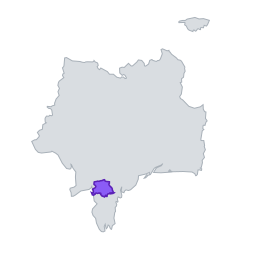 Ille-et-Vilaine highlighted on a map of France, rotated 261°
{"feature_id": "FRA-5308", "entity_name": "Ille-et-Vilaine", "entity_type": "Metropolitan department", "adm_level": 1, "iso_a3": "FRA", "parent_name": "France", "parent_adm1": "", "projection": "mercator", "projection_center": [-1.688, 48.172], "detail": "fine", "context": "in_parent", "style": "filled", "palette": "violet", "viewbox_px": 256, "rotation_deg": 261, "n_neighbors": 0, "source": "natural_earth", "source_scale": "10m", "svg_char_len": 5774}
<svg xmlns="http://www.w3.org/2000/svg" viewBox="0 0 256 256"><g transform="rotate(261 128 128)"><path d="M200.0,105.0L198.3,106.0L197.3,107.8L196.2,108.3L194.3,108.3L193.4,107.1L191.1,107.9L190.1,109.1L191.5,110.5L186.9,116.5L184.0,118.1L183.4,122.0L179.9,124.9L178.6,128.0L178.5,128.6L179.4,129.6L179.0,131.5L177.3,132.8L177.3,134.1L177.8,134.3L180.5,133.3L181.5,132.1L180.9,130.5L183.6,128.5L188.4,129.0L189.0,131.6L188.4,133.8L191.8,138.6L188.8,140.8L188.6,142.2L191.7,147.0L193.6,148.9L192.6,152.1L189.3,154.1L187.3,154.0L186.4,154.5L186.5,155.4L187.9,158.3L191.4,160.1L191.9,162.3L190.9,163.1L189.3,166.3L190.0,167.9L189.8,168.6L190.1,169.7L191.0,170.7L195.9,173.5L200.3,172.9L200.8,174.5L198.1,178.7L198.3,180.6L196.9,180.6L196.7,181.2L194.0,182.6L189.6,186.8L187.6,188.0L186.8,190.2L185.6,191.3L179.3,193.7L178.1,193.2L175.1,193.3L173.2,191.8L169.5,190.8L168.3,188.6L164.9,188.2L164.7,186.7L160.0,188.1L153.2,186.0L150.9,183.9L148.9,184.4L147.2,186.4L139.9,191.5L137.1,196.7L137.6,202.8L139.3,205.8L134.9,205.3L132.2,206.2L131.6,207.5L125.3,206.0L123.0,207.2L122.4,207.1L121.6,205.9L118.5,204.4L119.0,203.4L118.6,202.5L115.7,201.8L114.7,202.7L113.6,200.9L105.5,198.2L104.2,198.2L103.7,200.9L98.5,200.9L97.8,200.4L94.4,201.0L90.9,198.4L86.9,198.9L84.5,196.2L82.1,196.1L78.8,194.7L77.3,194.0L77.1,193.2L76.1,194.4L74.9,194.1L74.6,193.8L75.4,192.3L75.6,190.6L71.4,189.3L70.3,188.1L70.3,187.4L72.5,186.8L74.5,184.4L76.4,175.7L77.8,165.3L78.9,163.3L80.2,162.8L79.1,161.4L77.8,163.3L78.6,153.6L80.1,146.3L83.6,149.3L84.4,150.6L85.5,155.0L87.4,156.8L86.2,155.0L84.9,149.3L84.1,147.6L78.5,142.8L78.3,141.6L80.8,142.2L79.8,138.6L79.2,130.9L75.8,130.1L70.4,126.8L66.6,120.9L66.2,118.7L67.2,116.3L66.3,114.8L64.7,113.8L65.9,111.8L67.0,111.5L71.0,112.7L67.8,110.8L62.6,111.4L60.5,110.8L60.1,109.3L61.5,107.5L59.8,106.4L56.8,106.6L56.4,106.2L57.3,104.8L56.6,104.4L54.1,104.9L52.8,104.4L51.5,102.9L47.5,102.6L46.6,101.7L41.2,100.0L35.6,100.3L34.0,97.3L30.5,95.9L31.2,94.9L34.6,94.0L35.3,93.2L32.8,91.9L31.9,90.7L36.5,90.4L34.4,89.1L29.9,89.2L29.3,87.4L29.9,85.5L32.5,83.8L39.0,82.0L43.8,81.9L47.1,79.8L50.5,79.2L53.6,80.3L57.9,85.6L61.3,83.2L66.3,83.3L67.4,84.6L68.7,82.2L69.8,83.6L76.0,83.1L74.6,82.2L73.4,79.9L73.2,71.6L70.0,65.5L69.2,63.3L69.4,61.4L73.1,61.7L76.2,60.9L77.6,61.5L78.0,65.4L79.3,67.7L87.8,68.4L92.7,69.6L96.9,67.4L100.7,66.4L101.1,65.9L98.8,66.1L96.8,65.1L96.5,64.1L97.6,61.0L103.5,57.6L112.2,54.7L114.4,52.7L117.0,49.2L116.4,48.3L116.8,38.7L118.0,35.5L121.4,33.2L129.8,30.8L130.9,33.9L130.8,35.7L133.0,38.4L134.1,39.3L137.8,37.8L139.6,40.3L140.1,43.2L144.6,44.4L145.9,48.1L146.7,47.2L149.4,47.4L150.7,47.7L152.5,49.3L152.0,51.6L152.8,52.6L152.0,54.6L152.6,55.5L157.7,55.5L159.2,54.6L159.9,52.6L161.4,51.4L162.0,51.7L161.0,55.5L161.7,56.5L162.1,59.2L164.0,59.4L167.8,61.5L170.9,65.1L174.8,64.5L177.9,66.5L181.0,65.4L184.0,66.5L185.1,67.5L187.8,72.5L190.0,71.5L191.5,72.1L192.0,73.5L197.7,72.7L198.7,74.1L199.9,74.6L207.1,76.4L207.2,78.3L203.0,83.5L201.2,90.9L200.0,93.4L199.5,95.3L199.9,96.6L199.7,98.6L198.8,103.4L199.3,104.7L200.0,105.0ZM225.7,198.8L225.3,201.5L226.3,203.5L226.7,211.4L224.6,215.2L224.2,219.7L221.6,225.2L217.6,222.7L216.4,221.4L217.5,219.3L215.2,218.2L215.7,216.2L215.5,215.2L213.9,215.1L213.8,214.6L215.0,213.0L214.9,212.0L213.4,210.8L213.1,209.7L214.6,208.5L213.9,207.4L213.1,207.2L215.1,203.6L216.5,202.5L219.7,201.5L221.0,200.1L223.0,200.8L223.4,200.5L224.1,194.8L224.8,194.7L225.5,195.5L225.7,198.8ZM78.8,139.0L78.3,140.7L76.1,137.7L75.9,136.1L78.8,139.0Z" fill="#d9dde1" stroke="#a8b0b8" stroke-width="1"/><path d="M68.1,85.5L67.9,85.3L68.0,85.2L67.7,84.8L67.7,84.5L67.8,84.5L68.1,84.8L68.0,84.5L67.8,84.4L67.7,84.3L67.4,84.2L67.2,83.6L67.0,83.3L67.1,83.2L67.3,82.8L67.5,82.8L67.6,82.7L67.6,82.4L68.3,82.3L68.2,82.2L69.6,81.9L69.5,82.0L69.7,82.3L69.3,82.9L69.3,83.4L69.7,83.7L70.2,83.9L71.2,83.9L72.3,83.8L73.0,83.4L73.2,83.6L73.2,83.8L73.3,84.1L73.6,84.5L73.6,84.8L73.7,85.0L73.8,85.2L73.8,85.4L73.9,85.7L74.3,86.4L74.4,86.5L74.8,86.8L75.0,87.0L75.6,87.1L76.0,86.9L76.5,86.5L76.6,86.4L76.9,86.3L77.0,86.2L77.4,85.7L77.5,85.6L77.8,85.6L78.1,85.6L79.5,86.0L79.8,86.2L80.1,86.3L80.1,87.2L80.1,87.6L80.1,87.9L80.2,89.5L80.3,89.9L80.2,90.1L79.9,90.7L79.9,90.9L79.8,91.2L79.8,91.3L79.9,91.5L80.0,91.7L80.1,91.8L80.1,92.3L80.2,92.5L80.2,93.1L80.2,93.3L80.1,93.5L80.2,94.8L80.3,94.9L80.3,95.0L80.6,95.3L80.6,95.5L80.6,95.8L80.6,96.0L80.7,96.4L80.7,96.5L80.5,96.8L80.4,96.8L80.1,96.9L79.7,96.9L79.5,97.0L79.4,97.0L79.2,97.1L78.9,97.5L78.7,98.0L78.5,98.7L78.4,99.1L78.3,99.4L78.2,99.6L78.1,100.1L78.1,100.3L77.9,100.6L77.8,101.2L76.4,101.0L76.2,100.9L76.0,100.7L75.9,100.6L75.8,100.4L75.7,100.4L75.3,100.3L74.8,100.3L74.7,100.4L74.5,100.6L73.1,101.3L72.8,101.5L72.6,101.6L72.5,101.8L72.4,101.9L72.4,102.0L72.1,102.2L71.8,102.5L70.1,103.0L69.7,102.9L69.3,102.8L68.3,103.1L68.0,103.3L67.5,103.3L67.1,103.4L66.9,103.5L66.7,103.6L66.3,103.9L66.2,104.2L66.0,103.9L66.0,103.5L65.9,103.3L65.8,103.1L65.7,102.9L65.7,102.5L65.7,102.3L65.8,102.2L66.0,102.1L66.4,102.2L66.5,102.1L66.6,101.9L66.4,101.7L65.9,101.6L65.7,101.5L65.7,101.3L65.8,101.2L66.0,101.1L66.3,101.0L66.5,100.9L66.6,100.6L66.7,100.3L66.7,100.0L66.6,99.8L66.4,99.8L65.9,99.8L66.0,99.6L66.0,98.9L66.0,98.5L66.1,98.3L66.0,98.0L66.0,97.8L65.9,97.6L65.7,97.4L65.1,97.0L63.9,96.7L63.7,96.6L63.7,96.2L63.9,95.9L64.8,95.6L65.0,95.4L65.0,95.2L64.8,95.0L64.6,95.0L64.4,95.1L64.2,95.1L64.1,94.9L63.8,94.4L63.7,94.2L63.5,93.9L63.6,93.7L64.0,93.5L64.2,93.3L64.3,93.1L64.4,92.5L64.5,92.3L64.8,92.2L65.0,91.6L65.1,91.4L65.8,91.3L66.0,91.1L66.2,90.8L66.5,90.6L66.9,90.6L67.3,90.8L67.7,90.9L68.0,90.5L68.0,90.2L67.9,89.8L68.0,89.6L68.3,89.5L68.4,89.3L68.4,89.1L68.1,87.9L68.2,87.4L68.6,86.9L68.7,86.5L68.7,86.2L68.5,85.4L68.3,85.3L68.1,85.5Z" fill="#8b5cf6" stroke="#5b21b6" stroke-width="1.5"/></g></svg>